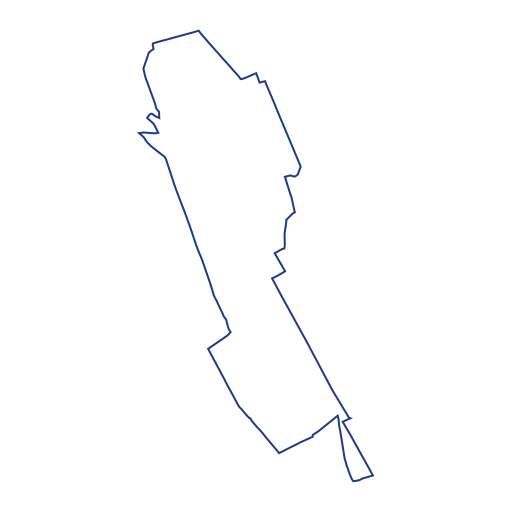 the district of San Jacinto Amilpas, Oaxaca, Mexico
{"feature_id": "50627088B74733696146426", "entity_name": "San Jacinto Amilpas", "entity_type": "district", "adm_level": 2, "iso_a3": "MEX", "parent_name": "Mexico", "parent_adm1": "Oaxaca", "projection": "albers", "projection_center": [-96.758, 17.093], "detail": "fine", "context": "isolated", "style": "outline", "palette": "blue", "viewbox_px": 512, "rotation_deg": 0, "n_neighbors": 0, "source": "geoboundaries", "source_scale": "gbopen_adm2", "svg_char_len": 3323}
<svg xmlns="http://www.w3.org/2000/svg" viewBox="0 0 512 512"><path d="M239.0,406.5L239.5,407.1L242.2,410.0L244.0,412.2L247.3,416.0L249.5,418.2L250.4,418.4L251.3,420.3L257.4,427.5L260.2,430.4L263.2,433.9L265.7,437.1L267.6,439.4L270.0,442.2L272.6,445.3L275.4,448.6L279.1,453.1L289.2,448.0L289.4,447.9L290.4,447.4L297.1,444.1L299.8,442.6L312.6,436.8L312.7,435.0L318.6,431.1L337.7,415.7L338.5,418.9L339.0,423.7L339.1,425.6L340.2,430.7L341.2,437.0L342.4,444.4L343.3,450.1L343.4,450.6L343.8,453.3L344.3,456.4L344.8,459.5L345.5,461.2L346.1,463.2L346.6,465.4L347.8,468.4L348.5,470.7L349.2,472.8L350.8,476.8L352.0,479.4L353.4,481.3L354.2,481.1L359.0,480.3L363.0,478.3L363.9,478.1L372.9,475.5L371.0,472.0L369.1,468.5L368.1,466.7L364.1,459.6L361.9,455.7L350.3,434.7L342.7,421.8L350.3,418.3L349.1,417.9L332.6,390.6L308.8,345.7L305.5,339.6L300.5,330.5L295.1,320.7L291.6,314.3L282.1,297.1L272.1,278.4L277.3,275.9L285.1,271.3L274.7,253.2L280.6,249.9L282.0,249.1L284.3,248.5L284.8,245.7L284.6,235.7L284.6,233.3L286.3,221.9L286.2,220.0L288.0,218.2L292.5,213.7L294.8,212.4L291.2,196.1L290.6,195.0L284.9,176.8L290.4,175.4L292.2,176.0L294.4,176.5L295.2,176.4L297.4,174.9L297.8,174.4L298.9,171.3L299.6,169.7L300.1,168.1L300.7,166.6L300.4,166.0L298.5,161.3L292.1,146.0L287.3,134.6L282.5,123.1L280.4,118.2L277.1,110.2L276.1,107.8L274.7,104.3L268.1,88.7L266.2,84.3L265.0,81.2L259.6,82.6L256.2,73.2L245.5,77.8L242.8,78.8L240.7,79.1L238.8,76.4L232.6,69.6L230.4,67.0L222.7,58.4L220.1,55.5L218.4,53.5L215.2,50.0L214.5,49.2L207.8,41.6L207.5,41.2L202.1,35.1L200.2,32.7L198.7,30.7L191.2,32.9L175.3,37.2L167.8,39.3L156.9,42.2L152.9,43.5L152.7,44.7L153.0,46.3L153.6,48.9L148.9,52.5L143.4,68.6L145.3,76.9L155.0,103.5L156.4,108.7L159.0,111.9L159.3,118.0L156.9,117.0L154.9,115.9L152.8,114.3L151.9,113.7L151.4,113.8L150.5,113.9L150.1,114.3L149.9,114.4L149.6,114.7L148.5,116.1L147.1,117.9L151.0,121.4L151.9,122.2L153.9,124.1L155.5,127.3L158.3,132.8L157.3,133.0L154.8,133.3L152.5,133.2L149.5,133.0L146.8,132.7L145.2,132.6L142.7,132.6L140.6,133.0L139.1,133.1L140.1,134.0L141.6,135.3L143.7,137.1L145.9,140.6L147.3,142.4L148.2,143.3L148.7,143.8L150.4,145.6L154.3,148.8L158.4,152.0L161.7,154.6L164.3,156.5L165.0,157.3L165.7,158.6L166.1,159.6L166.6,161.2L167.5,163.9L168.2,165.9L169.5,169.9L171.0,174.3L171.4,175.7L172.9,180.2L174.1,184.0L174.7,185.7L175.3,187.4L175.8,188.9L178.3,195.4L179.5,198.7L181.3,203.3L183.7,209.5L184.2,210.7L184.7,212.1L186.5,217.0L187.2,219.1L188.1,221.5L190.1,227.0L192.7,234.7L194.3,239.5L194.4,239.8L195.3,242.6L196.7,246.6L197.1,247.6L197.7,249.2L198.3,250.8L199.6,253.9L200.6,256.1L202.4,260.8L204.5,266.7L205.9,271.0L207.0,274.1L207.9,276.7L208.5,278.5L209.1,280.2L210.2,283.4L212.1,289.6L213.1,292.8L213.7,295.0L214.4,296.6L214.8,297.5L217.1,301.8L218.1,304.0L218.2,304.3L219.1,306.2L219.9,307.9L222.5,313.3L222.8,313.8L223.0,314.6L223.6,316.1L225.3,318.5L225.7,318.9L226.3,320.1L227.6,325.6L229.1,329.8L230.6,332.1L229.7,333.1L228.0,335.0L226.3,336.3L220.8,340.1L208.1,348.8L208.4,349.3L211.5,355.2L212.5,357.1L215.0,361.7L217.8,367.0L219.4,369.8L219.8,370.7L220.2,371.4L221.6,374.1L222.1,375.1L223.9,378.3L224.4,379.3L225.6,381.8L225.9,382.2L227.6,385.7L228.3,386.8L229.7,389.4L230.7,391.2L231.6,392.9L233.5,396.4L235.5,400.2L236.3,401.6L237.4,403.8L238.1,405.0L239.0,406.5Z" fill="none" stroke="#1e3a8a" stroke-width="2"/></svg>